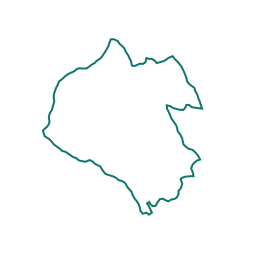 outline of Guzolândia, São Paulo, Brazil, rotated 152°
{"feature_id": "56859067B96144512479549", "entity_name": "Guzolândia", "entity_type": "district", "adm_level": 2, "iso_a3": "BRA", "parent_name": "Brazil", "parent_adm1": "São Paulo", "projection": "mercator", "projection_center": [-50.72, -20.622], "detail": "fine", "context": "isolated", "style": "outline", "palette": "teal", "viewbox_px": 256, "rotation_deg": 152, "n_neighbors": 0, "source": "geoboundaries", "source_scale": "gbopen_adm2", "svg_char_len": 2118}
<svg xmlns="http://www.w3.org/2000/svg" viewBox="0 0 256 256"><g transform="rotate(152 128 128)"><path d="M155.0,45.2L151.7,44.8L150.1,41.6L146.6,42.1L146.4,46.7L146.2,49.5L146.6,52.4L144.1,52.8L143.9,50.2L142.9,47.6L140.4,46.3L136.8,48.5L133.3,50.2L130.3,49.1L128.8,46.6L126.8,44.3L123.2,44.5L120.5,43.5L117.5,43.8L114.5,45.8L112.9,48.8L109.6,50.0L106.4,53.1L105.5,58.2L102.9,58.6L99.4,57.8L96.1,56.4L92.8,54.7L91.8,57.5L91.2,62.8L87.9,65.5L85.1,66.3L82.5,66.9L79.1,66.3L79.1,70.6L79.9,74.5L81.3,78.4L84.2,81.2L85.6,84.0L86.7,87.2L86.0,90.3L85.1,93.1L84.9,97.5L85.6,102.1L84.7,104.6L84.2,107.8L84.7,112.0L85.2,116.2L84.7,120.6L84.5,123.6L84.5,126.8L83.1,129.8L80.6,127.6L78.6,124.1L76.6,122.5L74.2,120.0L70.5,118.0L67.7,119.2L65.7,120.9L63.3,119.8L61.9,116.4L53.5,110.3L52.9,114.2L52.1,118.3L52.0,121.4L51.2,124.3L51.2,129.2L50.6,132.5L51.8,134.8L53.3,138.0L53.9,141.5L53.0,144.8L52.4,148.9L52.1,153.2L52.0,157.2L52.8,162.0L54.2,166.5L54.9,170.5L59.5,170.9L63.1,170.3L66.1,170.5L68.8,171.1L72.1,171.8L72.8,175.0L74.5,177.9L77.1,179.2L78.8,181.1L81.9,177.8L84.7,177.6L87.4,179.2L92.8,179.6L95.2,181.1L93.9,186.2L94.0,188.8L93.7,191.8L94.1,196.0L93.9,199.9L94.5,202.8L96.0,206.5L96.2,209.7L98.9,213.0L101.6,214.4L104.6,211.7L107.0,209.4L109.9,207.5L113.0,205.7L116.6,203.7L119.7,202.4L123.8,202.1L127.1,201.0L130.3,201.0L133.8,200.4L136.3,200.0L140.1,201.7L142.8,203.6L145.7,204.1L148.8,203.3L152.7,203.6L156.3,203.7L159.6,203.1L163.1,202.1L167.2,201.4L170.2,198.8L172.3,197.4L174.8,195.3L177.8,192.3L179.5,189.4L180.7,185.9L184.7,181.8L187.2,179.3L189.5,178.2L191.3,176.5L193.1,174.3L194.2,170.7L196.0,168.6L199.1,167.0L202.2,166.4L204.5,165.4L205.4,159.7L203.0,155.7L201.8,152.1L201.2,148.2L199.5,144.9L198.0,141.8L197.0,138.8L194.3,136.2L191.9,131.6L190.2,128.2L188.0,126.0L186.6,122.5L183.7,119.9L181.4,118.2L177.0,117.7L174.9,114.9L173.9,111.6L170.6,107.3L170.3,102.9L169.6,98.5L167.5,95.9L163.5,91.9L161.9,89.4L160.7,86.4L157.9,83.6L156.3,80.7L156.3,77.1L155.9,74.2L154.8,70.1L155.4,66.2L155.4,63.4L154.7,59.7L154.4,56.4L154.7,53.1L156.0,48.8L155.0,45.2Z" fill="none" stroke="#0f766e" stroke-width="2"/></g></svg>